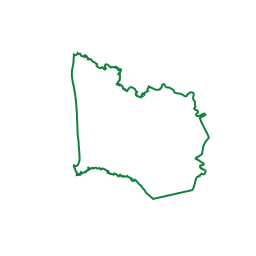 the district of Cuajinicuilapa, Guerrero, Mexico, rotated 41°
{"feature_id": "50627088B12095165689012", "entity_name": "Cuajinicuilapa", "entity_type": "district", "adm_level": 2, "iso_a3": "MEX", "parent_name": "Mexico", "parent_adm1": "Guerrero", "projection": "mercator", "projection_center": [-98.579, 16.455], "detail": "fine", "context": "isolated", "style": "outline", "palette": "green", "viewbox_px": 256, "rotation_deg": 41, "n_neighbors": 0, "source": "geoboundaries", "source_scale": "gbopen_adm2", "svg_char_len": 5730}
<svg xmlns="http://www.w3.org/2000/svg" viewBox="0 0 256 256"><g transform="rotate(41 128 128)"><path d="M85.4,90.3L85.1,90.0L84.3,90.0L84.1,89.7L84.0,89.2L84.5,88.6L84.3,88.4L83.8,88.5L83.1,89.2L83.1,90.3L83.1,90.6L82.9,90.7L82.6,90.6L82.0,90.2L81.7,89.4L81.4,89.4L81.3,89.9L80.9,90.2L80.6,90.1L80.4,89.8L79.8,90.0L79.2,89.4L78.9,89.4L78.6,89.6L78.6,90.1L78.8,90.3L78.8,90.7L78.4,91.0L77.8,91.0L77.1,91.6L76.8,92.0L75.9,92.5L75.7,92.6L75.7,93.2L75.5,93.5L74.5,93.8L74.0,93.7L73.5,93.4L72.8,93.6L70.6,93.7L69.4,94.7L69.6,95.8L70.5,96.9L71.3,97.3L71.8,97.3L72.1,97.4L72.4,98.4L72.3,98.8L72.0,99.2L71.3,99.3L70.5,98.8L69.9,99.0L68.9,98.8L68.6,99.3L68.9,99.6L68.8,99.9L67.1,101.4L64.4,101.8L63.9,101.8L63.2,101.5L63.0,101.3L63.1,100.8L62.9,100.2L62.6,100.1L62.0,100.3L61.4,100.2L60.9,100.3L60.0,100.3L59.2,100.7L57.0,101.0L55.1,100.4L54.6,100.5L53.9,101.3L53.7,101.8L52.9,102.4L52.8,102.2L52.9,101.7L52.7,101.5L52.4,101.5L51.7,101.8L51.5,101.7L51.4,101.5L50.7,101.8L50.4,101.7L49.8,102.0L49.5,102.0L49.3,101.9L50.0,101.6L49.9,101.1L49.2,101.1L49.2,101.5L48.9,101.6L48.6,101.3L48.6,100.9L48.4,100.9L47.4,101.9L47.4,102.2L47.7,102.4L47.7,102.2L48.0,101.9L48.6,102.4L48.6,102.8L48.3,103.0L48.0,102.8L47.1,103.3L46.9,103.6L46.3,103.9L45.3,104.2L44.8,104.2L43.4,103.3L43.1,103.3L42.2,104.2L42.1,104.8L41.8,104.9L40.9,104.6L41.0,105.1L41.3,105.3L41.3,105.6L40.9,106.8L40.9,107.2L40.7,107.6L40.3,107.8L38.9,108.0L43.0,113.2L44.0,114.6L45.0,116.1L46.6,119.0L48.8,122.4L50.4,124.4L53.5,127.3L55.6,129.1L61.9,133.9L63.2,135.0L63.6,135.3L63.8,135.5L64.2,135.8L71.4,142.1L79.6,150.3L94.1,165.7L100.0,171.1L101.0,172.1L101.7,173.0L107.3,178.4L108.8,180.0L109.6,180.7L110.5,181.8L110.9,182.2L112.5,184.0L112.7,184.7L113.4,185.7L113.8,186.8L114.4,189.2L114.1,190.2L113.3,191.5L112.8,191.7L111.8,191.4L111.8,191.6L112.0,192.1L112.3,192.5L113.7,193.1L115.2,193.9L115.9,194.1L116.5,194.7L116.9,194.7L118.9,195.5L119.6,196.0L119.8,196.9L120.2,197.2L121.0,195.9L121.3,196.1L121.6,195.8L121.1,195.7L120.9,195.2L121.9,195.1L122.5,194.8L122.7,194.5L122.4,194.1L121.9,193.8L122.0,193.6L122.6,193.5L122.7,193.3L121.6,192.5L121.5,192.1L123.0,192.3L123.4,191.0L123.9,190.4L124.4,190.1L124.8,189.3L124.7,189.1L124.9,189.1L125.2,188.8L124.8,187.1L125.2,186.9L125.2,186.5L125.5,186.1L125.2,185.9L125.1,185.6L125.5,185.8L125.8,185.3L125.6,185.1L125.4,184.6L124.8,184.3L125.1,184.2L124.9,183.8L124.8,183.6L125.5,183.6L125.7,183.9L126.0,183.9L126.2,183.4L126.7,183.2L127.1,182.0L127.0,181.7L127.3,181.5L127.5,181.3L128.6,181.2L128.8,180.2L129.4,179.4L130.1,179.0L131.1,179.0L131.3,178.9L131.6,178.3L132.6,177.3L132.9,176.8L134.2,177.2L134.5,176.9L134.9,177.0L135.4,175.2L137.3,174.5L138.7,174.4L141.0,173.7L141.1,174.6L141.4,175.0L142.6,175.0L142.9,174.7L142.9,174.1L143.8,174.4L144.6,174.4L144.7,174.0L146.0,173.3L147.8,172.7L147.7,171.0L149.9,170.7L150.1,170.6L151.5,170.6L152.3,170.9L152.5,170.7L152.8,170.2L152.9,169.5L152.5,169.5L152.8,168.5L153.0,168.2L153.8,168.6L155.1,168.7L155.4,167.7L156.9,167.5L157.0,166.8L158.2,166.2L158.2,165.8L159.3,165.1L159.2,164.7L159.7,164.8L162.3,164.2L164.0,163.7L164.2,164.9L164.8,164.8L166.3,165.1L166.6,163.3L166.9,163.4L166.8,162.8L167.2,162.4L169.4,162.5L173.5,163.1L176.1,163.1L178.3,163.7L182.0,164.2L183.9,165.0L193.5,165.0L217.1,132.9L216.9,130.9L215.7,127.9L214.2,124.8L212.8,122.4L212.2,119.7L212.9,118.3L213.3,116.7L213.6,116.8L213.3,115.1L213.5,114.3L215.5,113.5L215.8,113.0L215.7,110.9L215.1,109.9L214.4,109.5L213.2,109.3L210.7,110.4L210.0,110.5L209.2,110.5L209.4,110.1L208.5,110.1L207.9,110.0L207.4,109.5L207.2,108.7L208.3,107.5L208.8,106.5L209.0,106.4L208.8,105.7L208.5,105.3L208.2,105.2L205.2,105.8L204.1,105.9L203.6,105.8L200.9,106.4L199.8,106.8L199.1,106.7L199.2,105.8L199.1,105.0L199.4,105.0L201.0,99.3L196.6,92.0L196.1,89.6L195.4,87.5L195.5,87.1L195.4,82.3L192.0,80.5L179.5,75.4L175.5,73.3L176.3,70.9L176.6,70.4L176.7,70.5L177.4,68.9L177.8,67.3L177.7,67.3L177.1,67.3L176.0,67.1L175.1,68.7L174.3,71.1L173.2,72.7L172.5,73.5L171.9,73.8L171.6,73.8L171.0,73.5L170.6,73.2L170.3,72.7L170.5,70.6L170.4,70.1L170.1,69.7L169.6,69.4L169.0,69.3L168.0,69.5L166.4,70.2L165.8,70.2L165.3,70.1L165.0,69.4L165.1,67.9L164.9,67.6L163.6,66.8L161.6,64.7L161.0,64.1L158.4,63.5L157.9,63.2L156.8,61.8L155.8,59.7L155.4,59.3L154.7,59.0L154.2,58.8L153.4,58.9L152.6,59.3L151.6,60.4L151.4,61.5L150.9,62.8L150.8,63.2L151.2,64.5L151.2,65.5L151.1,65.9L150.7,66.2L149.7,66.8L147.3,67.0L144.8,67.8L144.2,68.2L143.4,69.0L140.8,70.4L139.7,70.6L137.7,69.6L136.2,69.7L132.9,70.3L130.5,71.9L129.5,72.1L129.0,72.1L126.9,71.4L126.3,71.2L125.7,72.3L125.5,73.5L126.4,74.5L126.8,75.3L126.7,76.1L126.4,76.5L126.6,77.0L126.8,78.1L124.8,80.2L124.0,80.8L122.4,81.4L116.5,83.0L117.2,84.2L117.4,85.2L117.1,85.2L118.0,87.4L118.5,87.3L118.3,87.6L118.2,88.4L118.2,89.1L117.4,90.5L117.9,91.1L118.4,92.1L116.4,92.4L116.9,93.8L116.7,94.1L116.9,94.3L117.9,94.5L117.5,94.8L117.4,95.3L117.8,96.3L117.0,96.6L116.2,96.7L115.9,97.2L114.2,97.7L113.4,98.0L113.2,97.7L112.7,97.4L112.3,97.7L112.1,97.4L111.5,97.3L111.2,97.0L111.0,96.2L111.4,95.8L111.2,94.8L110.3,95.0L109.3,94.8L108.1,94.2L106.8,94.1L106.3,94.4L105.6,94.4L104.5,94.8L103.7,94.8L103.0,96.1L102.7,97.6L102.9,99.7L103.2,100.6L102.3,100.9L102.0,100.7L101.3,101.0L100.9,100.8L100.4,101.4L100.0,101.4L100.0,100.8L99.4,100.9L99.3,101.2L98.6,101.6L98.1,101.4L97.2,100.5L96.4,100.2L95.8,100.4L95.2,100.0L94.1,100.8L93.7,101.4L93.4,101.3L93.0,100.6L92.5,100.7L92.5,101.0L93.0,101.7L92.8,101.9L92.0,101.9L91.4,102.3L90.9,101.8L90.6,101.9L90.8,100.5L90.4,99.8L90.5,98.2L90.1,97.8L90.0,97.1L89.8,96.8L90.0,96.6L88.6,95.0L88.2,94.3L87.3,93.6L86.7,92.9L86.2,92.9L86.0,93.2L85.8,93.7L85.3,93.7L85.3,93.4L85.7,93.0L85.7,92.7L85.2,92.6L85.2,92.3L85.7,91.3L85.4,90.3Z" fill="none" stroke="#15803d" stroke-width="2"/></g></svg>